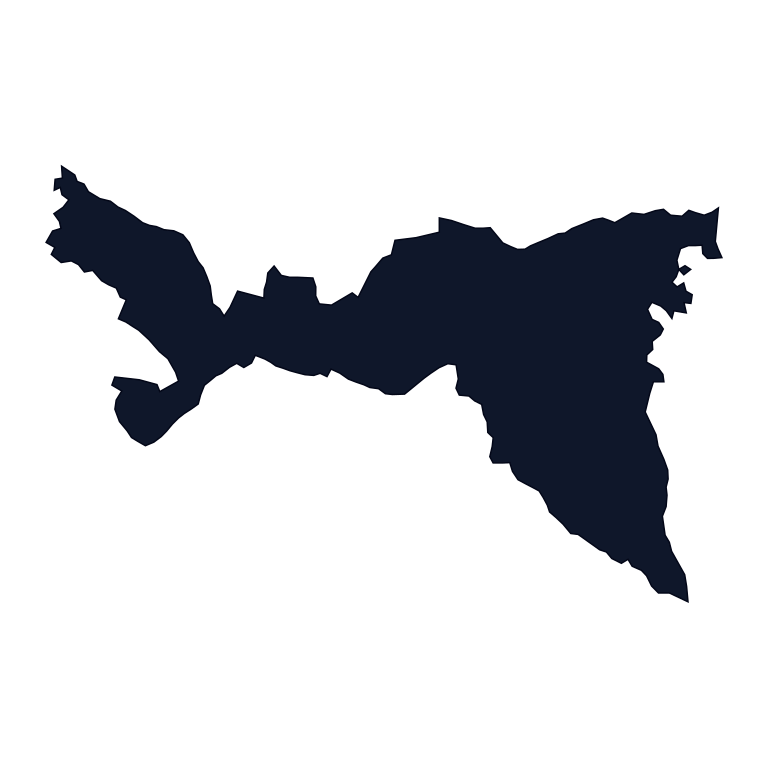 Flor da Serra do Sul, Paraná, Brazil
{"feature_id": "56859067B68120244559309", "entity_name": "Flor da Serra do Sul", "entity_type": "district", "adm_level": 2, "iso_a3": "BRA", "parent_name": "Brazil", "parent_adm1": "Paraná", "projection": "albers", "projection_center": [-53.304, -26.255], "detail": "fine", "context": "isolated", "style": "filled", "palette": "ink", "viewbox_px": 768, "rotation_deg": 0, "n_neighbors": 0, "source": "geoboundaries", "source_scale": "gbopen_adm2", "svg_char_len": 3396}
<svg xmlns="http://www.w3.org/2000/svg" viewBox="0 0 768 768"><path d="M145.4,445.7L153.9,442.1L161.2,436.6L166.5,431.2L172.3,424.2L178.5,418.0L184.1,413.6L191.4,408.9L198.2,404.0L200.6,394.9L204.4,385.3L210.7,380.2L215.9,375.8L221.8,373.3L229.5,367.3L236.7,363.3L243.8,367.5L251.5,363.0L255.3,355.3L264.8,359.0L270.8,362.3L275.8,365.9L283.0,368.2L289.9,370.7L296.8,372.6L305.0,374.7L313.8,375.4L320.1,373.3L327.0,376.6L331.0,369.1L339.8,373.1L348.4,379.1L355.9,382.0L364.0,384.8L369.8,387.5L378.6,388.7L385.4,393.7L392.4,394.5L404.6,394.1L410.4,389.4L417.2,383.8L424.3,378.0L430.7,373.3L439.0,367.7L447.8,363.7L456.1,364.8L458.3,379.0L456.0,388.2L459.3,395.1L468.9,396.0L474.7,400.9L481.7,404.4L483.6,414.5L487.2,421.9L487.8,432.5L493.2,437.6L492.2,446.5L489.8,456.7L493.1,462.9L503.1,462.9L509.8,462.6L512.5,471.4L518.0,479.7L526.2,484.1L531.8,487.0L539.1,490.9L543.1,497.3L547.3,505.1L549.6,512.0L555.9,517.4L563.0,524.1L570.8,533.5L578.1,534.4L599.7,549.8L606.4,552.0L611.8,558.5L621.4,563.3L628.0,559.3L632.2,566.3L641.4,570.3L646.6,575.8L651.6,586.0L658.5,593.0L669.4,593.0L688.0,601.8L686.6,586.4L684.7,574.7L671.6,551.3L669.3,542.2L665.1,535.2L662.4,516.2L666.1,506.6L667.0,495.2L666.1,487.1L668.1,479.1L667.7,470.0L663.9,459.4L658.0,446.1L656.0,434.7L645.2,412.0L649.7,393.5L653.4,381.8L663.9,381.8L662.9,374.4L658.7,368.8L646.6,362.2L646.8,355.0L652.7,349.5L652.2,341.4L660.3,334.9L663.3,329.0L658.7,322.4L652.1,319.4L647.5,309.3L651.9,302.3L660.7,306.0L666.3,310.7L671.9,318.5L673.9,310.8L686.3,312.9L684.0,302.6L690.9,303.4L692.2,294.7L686.0,291.2L683.7,282.9L677.1,286.9L672.0,282.2L676.2,276.7L678.8,269.4L676.9,260.2L680.5,248.6L688.4,245.6L694.9,245.6L702.1,245.2L702.8,253.6L707.5,258.4L713.6,258.3L721.9,257.6L718.0,248.9L715.3,241.5L718.4,207.9L712.1,212.2L704.2,215.2L695.2,212.6L688.8,210.3L682.1,216.2L670.6,215.2L663.5,209.3L655.3,210.7L644.0,214.4L631.8,213.0L621.7,218.8L614.8,222.7L608.5,220.2L602.6,218.1L593.4,219.8L583.6,223.9L571.8,228.6L565.1,233.1L558.2,233.8L548.1,238.5L538.2,242.6L530.4,245.9L525.0,249.2L517.5,249.4L510.7,246.6L502.8,242.9L490.2,227.7L483.3,228.2L475.1,228.2L463.6,224.6L451.4,220.5L439.3,217.9L439.3,232.2L416.0,237.7L395.0,240.3L391.4,254.8L382.8,258.1L375.2,267.0L370.9,271.8L358.1,297.4L352.2,292.9L331.5,305.1L319.3,303.9L315.7,295.9L315.8,286.8L312.9,278.0L298.1,277.3L289.7,277.3L281.3,275.4L274.1,266.0L267.8,273.0L266.6,282.0L264.3,289.4L263.9,298.1L237.6,291.1L230.0,307.4L224.1,316.1L219.5,308.8L212.7,303.7L211.3,295.0L210.2,286.0L206.8,276.6L203.1,267.8L198.2,261.6L193.6,252.8L189.3,242.7L182.9,234.8L173.8,230.8L164.0,229.7L156.4,226.6L149.5,225.4L142.6,222.7L134.0,216.2L125.4,210.5L117.9,207.0L110.4,201.2L99.8,198.6L88.4,191.7L84.0,184.1L77.1,181.4L74.8,175.0L61.6,166.2L62.4,178.1L55.1,179.3L54.2,190.3L60.3,187.4L62.0,194.7L68.9,199.8L63.1,207.3L53.9,213.7L59.4,221.4L61.0,228.4L52.6,231.0L46.1,242.4L54.8,247.4L51.3,254.4L61.2,262.5L71.3,260.9L78.5,264.6L84.4,272.0L92.7,270.4L101.6,280.7L108.7,284.8L116.3,288.1L120.3,297.1L126.3,299.8L118.4,318.8L125.9,322.0L132.8,326.5L138.7,330.2L149.0,339.7L159.5,351.7L167.9,358.7L175.6,372.2L178.6,381.1L159.8,391.6L157.0,384.6L139.4,379.8L114.8,377.0L111.9,385.1L121.8,391.0L116.2,400.1L114.9,409.2L119.5,421.6L127.1,430.8L131.5,437.5L137.9,441.4L145.4,445.7ZM678.8,269.4L683.8,274.8L690.7,269.4L685.0,265.7L678.8,269.4Z" fill="#0f172a" stroke="#020617" stroke-width="1.5"/></svg>